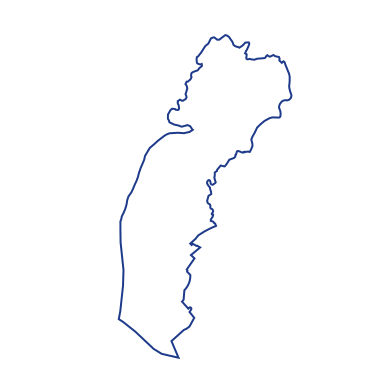 Menbij, Aleppo, Syria, rotated 25°
{"feature_id": "27442178B68936835306318", "entity_name": "Menbij", "entity_type": "district", "adm_level": 2, "iso_a3": "SYR", "parent_name": "Syria", "parent_adm1": "Aleppo", "projection": "equal_earth", "projection_center": [38.131, 36.027], "detail": "fine", "context": "isolated", "style": "outline", "palette": "blue", "viewbox_px": 384, "rotation_deg": 25, "n_neighbors": 0, "source": "geoboundaries", "source_scale": "gbopen_adm2", "svg_char_len": 5820}
<svg xmlns="http://www.w3.org/2000/svg" viewBox="0 0 384 384"><g transform="rotate(25 192 192)"><path d="M134.2,179.3L135.0,182.8L135.2,186.8L135.3,190.9L135.3,191.0L135.3,191.7L135.7,195.4L135.9,197.4L136.7,201.5L137.0,205.5L137.0,209.9L137.2,213.4L137.2,217.9L136.6,221.3L136.3,222.8L136.5,224.6L136.7,226.6L137.2,228.4L137.6,229.7L138.3,232.8L138.5,234.8L138.7,236.1L138.8,240.3L138.7,243.8L139.5,247.1L139.5,248.8L143.0,256.3L148.6,267.9L162.9,291.7L169.1,306.1L177.3,330.1L179.4,338.2L184.1,338.8L196.3,341.7L199.6,342.5L223.5,350.4L232.9,351.5L249.8,347.9L236.4,335.8L242.9,320.5L244.9,318.1L246.6,314.9L247.2,305.1L240.5,301.8L240.9,298.7L240.8,298.4L240.8,298.2L240.6,297.9L240.4,297.6L240.1,297.4L239.9,297.4L239.7,297.3L239.4,297.3L239.2,297.3L238.8,297.5L238.6,297.6L238.4,297.9L238.0,299.3L229.3,295.6L229.9,293.1L226.6,284.2L226.9,283.4L227.1,282.6L227.3,281.8L227.5,280.9L227.6,280.1L227.7,279.2L227.7,278.4L227.8,277.7L227.8,276.9L227.7,276.0L227.7,275.2L227.6,274.5L227.5,273.7L227.3,272.8L227.1,272.0L226.9,271.3L226.6,270.4L226.3,269.6L226.0,268.8L225.5,267.9L221.2,266.3L221.0,265.0L220.0,264.5L222.3,251.1L217.7,249.6L222.8,238.8L219.3,238.5L218.8,239.0L214.5,238.6L214.1,240.2L212.2,239.5L215.0,232.9L216.0,228.7L220.0,222.4L224.8,216.2L228.1,212.6L226.3,210.8L225.9,210.9L225.6,210.9L225.3,210.8L225.1,210.8L224.9,210.6L224.7,210.5L224.5,210.3L224.2,210.1L223.9,210.0L223.6,209.9L223.2,209.9L222.9,210.0L221.3,210.3L220.7,209.0L221.0,206.8L221.2,205.6L220.8,204.3L220.9,204.1L220.8,203.9L220.7,203.6L220.4,203.5L220.1,203.5L219.8,203.7L219.6,203.8L219.4,203.7L219.2,203.6L219.1,203.3L219.1,203.2L219.4,201.3L219.3,200.5L218.7,199.7L218.4,199.4L218.1,199.2L217.8,199.1L217.4,199.0L217.1,199.0L216.6,199.1L216.2,199.0L215.8,198.9L215.6,198.8L215.4,198.6L215.2,198.3L214.9,198.0L214.8,197.6L214.6,197.0L214.5,196.8L214.4,196.6L214.3,196.4L214.1,196.3L213.9,196.1L213.7,195.9L213.4,195.8L213.1,195.6L212.9,195.6L212.5,195.6L212.1,195.6L211.6,195.5L211.2,195.4L210.8,195.1L210.5,194.9L210.2,194.6L209.9,194.2L209.6,193.8L209.4,193.3L208.6,188.5L209.4,187.2L210.3,185.7L209.2,183.8L206.9,181.4L206.5,180.5L205.4,179.9L204.7,179.6L204.0,179.2L203.5,178.9L202.8,178.4L202.6,178.3L202.4,178.1L202.2,178.0L202.0,177.8L201.9,177.6L201.8,177.4L201.7,177.1L201.6,176.9L201.6,176.7L201.5,176.4L201.5,176.1L201.5,175.8L201.8,174.5L202.4,174.0L203.5,174.1L203.9,174.5L205.5,176.6L206.0,176.8L206.5,176.9L206.9,176.9L207.3,176.8L207.6,176.7L207.9,176.5L209.3,173.9L209.4,173.2L207.2,170.8L206.0,169.3L205.9,168.0L204.8,165.6L204.7,165.4L204.6,165.2L204.5,164.8L204.5,164.6L204.6,164.2L204.8,163.8L205.7,162.6L205.6,162.1L205.4,161.2L206.8,155.9L210.2,155.2L210.4,155.2L210.6,155.1L210.7,154.9L210.9,154.8L211.0,154.6L211.0,154.4L211.6,151.8L212.2,146.9L215.7,143.4L216.3,141.8L215.7,140.1L216.1,139.5L215.6,136.5L215.8,135.8L216.9,135.2L221.0,135.0L221.8,134.5L221.8,134.0L222.7,133.3L223.1,133.6L223.7,133.0L224.1,132.7L224.6,132.3L225.2,132.0L225.7,131.7L226.2,131.5L226.5,131.5L226.8,131.5L227.1,131.4L227.4,131.3L227.6,128.2L227.4,125.0L226.6,123.1L223.6,119.4L223.4,116.3L223.8,111.3L223.8,106.1L225.4,101.8L227.7,96.9L231.1,92.3L233.3,90.4L239.0,88.0L239.2,87.9L239.5,87.7L239.7,87.4L239.9,87.1L240.0,86.7L240.1,86.4L240.1,86.0L240.0,85.8L239.8,85.2L239.6,84.6L239.4,83.9L239.1,83.4L238.8,82.8L238.4,82.3L238.1,81.7L237.7,81.3L237.4,80.9L237.0,80.5L236.6,80.1L236.2,79.7L235.7,79.4L235.4,78.9L235.1,78.4L235.0,78.0L234.8,77.6L234.7,77.2L234.6,76.8L234.6,76.4L234.5,75.9L234.5,75.5L234.5,75.1L234.6,74.5L234.7,73.9L234.8,73.4L234.9,73.0L235.0,72.6L235.2,72.1L235.4,71.6L235.7,71.2L236.0,70.8L236.3,70.5L236.6,70.2L237.0,69.9L237.4,69.6L237.7,69.4L238.1,69.3L238.4,69.1L238.8,69.0L239.1,68.9L239.5,68.7L239.8,68.5L240.1,68.2L240.5,67.9L240.8,67.6L241.0,67.2L241.3,66.7L241.5,66.2L241.6,65.8L241.7,65.3L241.8,64.8L241.8,64.3L241.7,63.8L241.6,63.4L241.5,63.0L241.4,62.7L241.3,62.4L241.1,62.1L240.2,61.2L239.4,60.4L238.6,59.5L237.9,58.7L237.1,57.7L236.4,56.8L235.8,55.8L235.2,54.8L234.9,53.9L234.7,53.1L234.4,52.3L234.1,51.5L233.6,50.1L232.6,48.0L232.2,47.0L231.7,46.1L231.1,45.3L230.5,44.4L229.8,43.6L229.0,42.9L222.7,37.0L221.0,35.2L219.6,34.9L218.8,37.0L215.6,35.9L215.0,34.1L213.7,32.9L210.4,33.7L209.8,33.7L209.2,33.7L208.7,33.6L207.9,33.4L205.5,36.4L203.7,36.5L202.5,36.2L202.0,36.9L201.7,39.0L201.3,39.9L197.7,42.0L194.8,43.6L192.7,45.7L189.9,46.7L188.4,46.8L187.3,47.6L186.2,48.3L185.3,48.3L184.4,47.5L184.3,46.7L183.9,45.5L183.3,44.1L181.5,43.9L181.4,41.7L181.6,40.1L181.6,38.2L181.6,36.7L181.5,35.2L181.3,33.7L181.0,33.0L180.5,32.5L179.8,32.6L177.1,34.1L176.4,36.7L175.5,38.7L173.9,41.2L172.4,41.1L171.1,41.5L169.1,41.5L167.6,41.2L165.0,38.7L162.6,37.4L160.3,36.0L157.9,35.4L155.9,35.7L155.2,37.0L154.2,38.8L153.1,41.0L152.3,42.5L150.4,43.3L147.9,42.7L146.6,42.5L145.6,43.3L144.8,44.2L144.2,44.9L144.2,48.0L144.0,50.9L142.6,53.5L142.2,55.2L141.4,61.5L140.5,65.4L140.2,66.7L139.6,67.3L139.4,67.9L140.1,69.8L141.0,71.5L141.6,72.4L142.3,73.1L143.5,73.2L144.7,73.1L146.0,72.6L146.7,71.9L147.7,73.4L147.0,75.4L146.3,76.5L145.9,78.9L145.4,79.7L143.7,81.3L142.1,83.0L141.4,84.1L141.4,85.2L142.1,87.2L143.0,88.0L143.1,89.7L142.9,90.8L141.6,93.7L140.5,94.3L140.5,97.0L141.7,97.6L142.6,98.3L144.0,100.3L144.6,104.3L144.8,106.1L146.4,107.5L147.0,108.4L147.0,110.3L145.3,113.0L144.5,113.5L142.1,113.4L140.7,115.7L141.8,117.9L143.1,118.8L145.0,121.7L145.0,123.3L142.7,124.3L141.5,124.0L138.8,124.9L137.9,126.8L137.5,132.0L139.2,135.8L141.0,137.0L142.0,138.3L143.9,138.4L147.4,138.4L151.4,137.5L155.0,137.2L157.9,134.8L159.6,133.3L162.4,133.1L164.3,134.2L165.8,135.2L166.4,135.3L164.4,138.6L159.8,142.1L153.9,144.4L146.8,148.3L146.1,149.0L145.5,149.7L144.8,150.4L144.2,151.2L143.6,152.2L142.9,153.3L139.4,160.1L137.8,164.0L135.1,169.9L134.4,176.9L134.2,179.3Z" fill="none" stroke="#1e3a8a" stroke-width="2"/></g></svg>